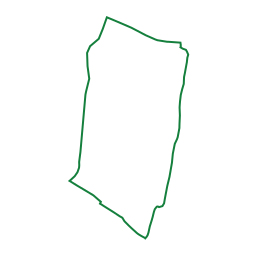 Gros Islet/Edge Water, Gros Islet, Saint Lucia, rotated 275°
{"feature_id": "8701671B26446113405700", "entity_name": "Gros Islet/Edge Water", "entity_type": "district", "adm_level": 2, "iso_a3": "LCA", "parent_name": "Saint Lucia", "parent_adm1": "Gros Islet", "projection": "mercator", "projection_center": [-60.95, 14.079], "detail": "fine", "context": "isolated", "style": "outline", "palette": "green", "viewbox_px": 256, "rotation_deg": 275, "n_neighbors": 0, "source": "geoboundaries", "source_scale": "gbopen_adm2", "svg_char_len": 1280}
<svg xmlns="http://www.w3.org/2000/svg" viewBox="0 0 256 256"><g transform="rotate(275 128 128)"><path d="M236.4,97.3L224.7,94.3L214.3,91.1L206.2,83.1L199.2,80.7L186.1,82.3L173.7,85.1L161.0,83.1L157.5,82.7L147.5,82.7L123.7,82.7L100.0,82.7L89.9,82.3L86.5,82.7L84.1,82.7L79.5,81.5L75.3,79.1L70.6,74.8L70.2,74.4L66.4,81.9L61.0,93.1L57.9,99.4L54.4,104.2L52.1,107.4L50.2,106.7L49.3,108.6L48.4,110.2L46.4,114.1L42.7,121.3L39.2,127.7L39.0,128.3L38.1,130.2L34.8,132.6L32.6,135.2L31.8,136.2L31.3,136.7L28.3,140.5L24.2,145.9L23.6,146.8L22.6,148.6L21.5,150.9L20.5,153.2L20.1,154.3L19.6,154.8L20.9,155.8L22.7,156.8L25.6,157.5L31.9,158.3L37.8,159.6L41.4,160.3L46.6,161.1L49.5,161.8L52.1,163.5L52.4,164.6L51.9,165.8L53.2,169.1L56.1,170.5L60.9,170.9L67.0,171.5L73.8,172.2L83.0,173.6L91.4,174.3L97.2,174.8L106.4,174.9L116.3,176.0L121.2,177.8L123.1,178.3L129.2,178.9L132.5,179.2L135.5,179.0L137.6,178.9L145.0,178.6L153.0,177.6L158.9,177.5L165.6,177.7L171.4,178.6L176.8,179.7L183.7,179.4L187.9,179.9L193.4,180.4L198.6,180.9L203.3,181.0L206.3,181.6L209.0,180.2L210.9,178.9L211.8,175.6L213.0,173.2L214.1,173.5L214.7,173.3L215.5,173.3L217.6,172.8L217.4,160.2L217.3,159.6L218.0,149.7L218.6,147.4L221.9,137.7L228.2,122.6L234.9,102.2L236.4,97.3Z" fill="none" stroke="#15803d" stroke-width="2"/></g></svg>